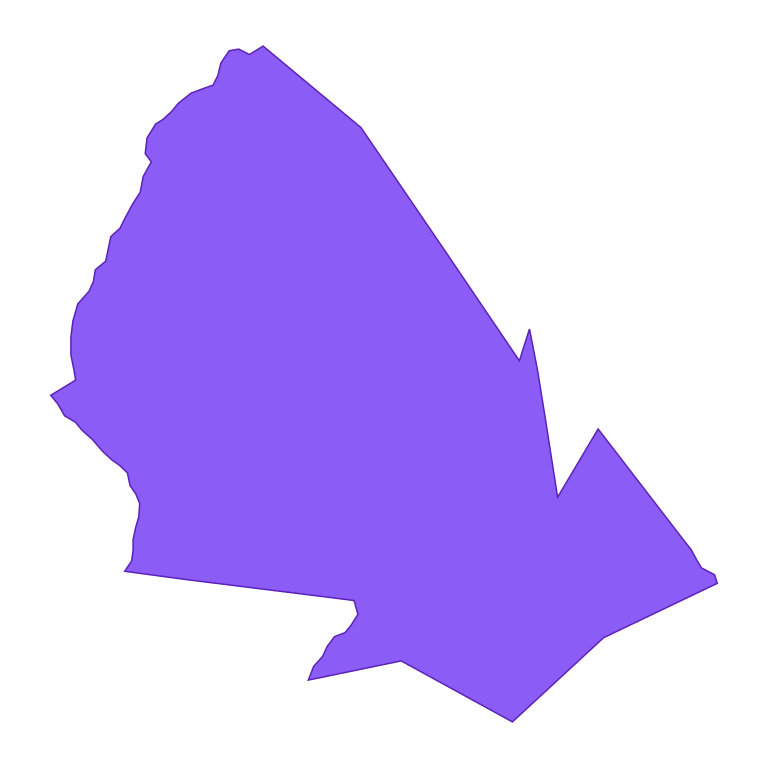 São João da Varjota, Piauí, Brazil
{"feature_id": "56859067B92714876979598", "entity_name": "São João da Varjota", "entity_type": "district", "adm_level": 2, "iso_a3": "BRA", "parent_name": "Brazil", "parent_adm1": "Piauí", "projection": "natural_earth1", "projection_center": [-41.918, -6.948], "detail": "fine", "context": "isolated", "style": "filled", "palette": "violet", "viewbox_px": 768, "rotation_deg": 0, "n_neighbors": 0, "source": "geoboundaries", "source_scale": "gbopen_adm2", "svg_char_len": 1056}
<svg xmlns="http://www.w3.org/2000/svg" viewBox="0 0 768 768"><path d="M529.5,329.0L519.4,360.8L446.3,252.8L360.9,127.5L263.1,46.1L249.4,54.5L238.7,49.1L229.1,50.8L220.9,63.0L217.8,75.6L213.1,85.1L204.2,88.2L191.1,93.1L178.5,103.1L171.1,112.0L162.9,119.5L155.6,124.0L147.0,138.0L145.2,153.7L151.3,161.8L143.2,176.5L140.2,192.2L132.7,203.9L125.4,217.4L120.0,228.2L110.8,236.6L105.7,261.2L95.3,269.8L93.3,281.8L89.0,291.3L77.8,303.9L72.9,321.0L70.9,337.1L70.9,354.9L73.9,369.9L75.6,380.1L50.7,395.3L57.8,404.0L64.7,415.9L75.6,422.4L81.7,429.9L92.6,439.7L102.7,451.5L111.9,459.9L119.6,465.4L127.4,472.9L130.0,485.5L135.8,494.0L139.7,503.5L138.8,516.6L135.5,528.1L133.1,539.5L133.1,550.1L131.6,561.0L124.7,571.3L187.9,579.8L354.0,600.5L357.9,614.3L351.5,624.6L345.1,632.6L334.5,636.6L327.1,646.6L322.6,656.4L313.7,666.3L308.3,680.1L401.1,660.9L512.4,721.9L603.6,637.7L717.3,583.3L714.6,574.8L701.5,567.9L696.8,560.1L691.1,549.6L684.8,541.6L598.1,429.0L557.6,497.2L544.8,415.2L537.4,369.4L529.5,329.0Z" fill="#8b5cf6" stroke="#5b21b6" stroke-width="1.5"/></svg>